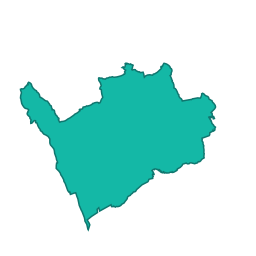 Apostolache, Prahova, Romania (Mercator projection), rotated 338°
{"feature_id": "2599482B23348990621180", "entity_name": "Apostolache", "entity_type": "district", "adm_level": 2, "iso_a3": "ROU", "parent_name": "Romania", "parent_adm1": "Prahova", "projection": "mercator", "projection_center": [26.269, 45.129], "detail": "fine", "context": "isolated", "style": "filled", "palette": "teal", "viewbox_px": 256, "rotation_deg": 338, "n_neighbors": 0, "source": "geoboundaries", "source_scale": "gbopen_adm2", "svg_char_len": 5715}
<svg xmlns="http://www.w3.org/2000/svg" viewBox="0 0 256 256"><g transform="rotate(338 128 128)"><path d="M128.4,183.4L132.0,184.0L132.3,182.9L133.2,182.5L133.1,180.6L133.3,180.4L133.9,180.3L134.2,180.4L134.6,180.9L134.8,180.8L134.9,179.8L134.4,179.2L134.9,178.6L134.3,176.4L136.0,175.9L136.4,176.0L136.9,176.5L137.6,176.0L138.7,176.6L139.3,177.3L140.2,177.6L140.2,178.6L140.9,179.4L141.1,178.5L141.5,178.4L141.8,179.2L141.4,179.7L142.3,180.4L141.7,180.8L142.0,181.3L142.5,181.4L142.4,181.8L143.3,182.3L143.5,182.6L144.4,181.8L144.7,181.8L144.8,181.9L144.8,183.1L145.2,183.6L146.4,183.5L146.7,184.1L149.2,185.0L150.5,184.8L152.0,185.5L152.5,185.2L152.8,186.0L154.1,186.1L157.4,185.7L157.6,185.5L157.5,185.3L158.1,185.2L158.3,184.6L158.7,184.4L161.6,184.1L164.0,183.1L165.0,182.2L165.7,182.0L167.1,182.2L168.8,182.3L169.5,183.3L170.1,183.7L171.3,184.0L172.5,183.6L173.4,183.9L176.6,186.2L177.5,186.0L178.5,186.3L179.5,186.3L180.6,185.5L181.8,186.1L183.1,185.7L183.6,185.3L185.3,184.5L187.4,184.2L187.6,183.0L189.1,180.1L189.0,179.5L190.2,176.9L191.0,173.6L191.6,173.1L191.6,170.9L192.2,169.3L191.8,167.6L192.4,166.7L192.8,165.2L200.4,165.5L201.2,164.9L202.1,163.0L204.6,162.8L205.2,162.5L205.8,162.0L205.6,162.7L205.8,162.9L207.5,162.6L208.1,161.8L208.4,160.9L209.4,160.0L208.4,158.2L208.4,157.3L207.5,155.1L207.8,153.9L207.5,152.7L207.8,152.5L207.8,151.8L207.3,150.9L207.5,150.2L207.0,148.8L207.0,148.2L208.7,148.3L208.8,148.5L208.7,149.5L208.9,149.6L209.2,149.5L209.3,148.9L209.6,149.0L209.9,149.3L210.4,149.2L210.8,149.7L210.5,151.0L210.5,151.5L211.7,151.6L211.7,149.4L211.3,149.2L210.7,148.1L210.8,147.6L211.4,146.6L211.3,145.2L210.8,144.9L210.8,144.7L215.5,142.7L216.8,141.7L217.2,140.8L217.3,139.5L216.7,137.0L216.1,136.0L216.1,134.0L215.4,133.4L214.0,131.5L214.0,130.8L214.2,129.9L213.8,128.7L212.2,127.2L211.5,126.0L211.3,125.2L210.9,124.5L210.1,123.7L209.1,123.9L208.8,124.8L207.9,125.9L206.5,127.3L206.2,127.4L203.9,126.2L198.6,125.1L197.3,125.4L196.9,125.1L188.5,123.3L188.7,122.7L188.4,122.3L188.5,121.3L188.2,120.6L187.6,119.8L187.1,118.0L187.2,117.1L187.6,116.4L187.1,115.0L187.2,113.1L187.0,110.4L186.6,109.2L185.6,108.0L186.1,107.1L186.7,105.0L186.8,102.7L186.3,101.6L186.9,100.5L186.6,99.0L186.9,98.4L186.7,96.2L187.0,95.7L186.7,95.2L188.1,94.5L188.7,93.1L189.9,91.9L190.4,90.9L190.5,89.8L190.4,89.3L189.8,88.4L189.8,86.7L189.2,85.2L187.8,83.2L186.0,81.7L185.5,81.5L184.4,82.3L183.2,83.6L182.6,83.7L182.0,83.3L181.3,83.7L181.2,84.1L181.6,84.8L180.7,85.5L176.1,87.3L172.9,87.8L171.7,87.5L170.9,88.1L170.5,88.2L168.1,86.8L165.9,86.2L163.8,86.3L162.2,87.0L162.8,83.7L162.9,81.9L160.2,81.3L159.8,80.3L158.5,79.7L157.6,78.6L156.9,77.9L156.6,76.7L156.3,76.5L155.3,76.0L153.9,75.9L153.5,75.6L153.4,75.3L154.8,73.6L155.4,72.5L156.1,72.1L156.2,71.5L154.6,70.2L154.5,69.6L153.6,69.7L151.4,67.7L150.3,67.1L149.5,67.2L149.5,67.4L150.0,68.2L149.3,68.1L148.7,69.4L147.9,70.3L147.3,70.4L146.4,69.5L146.1,69.5L145.2,69.8L146.1,70.5L146.4,72.0L147.5,73.5L145.8,74.7L145.9,75.8L145.4,76.5L144.8,76.8L144.2,76.5L143.1,77.0L140.8,77.0L136.9,76.5L134.3,75.8L133.7,75.5L132.7,74.6L131.1,74.5L130.1,74.0L128.3,74.1L126.9,73.7L125.1,74.2L124.3,73.5L123.1,73.0L122.6,72.0L121.4,71.6L119.9,70.6L119.5,70.7L119.2,71.2L118.8,72.7L118.8,73.4L119.3,75.6L119.1,78.5L118.9,78.9L117.5,79.8L116.5,81.2L117.6,82.5L117.0,84.4L116.4,86.9L116.1,90.0L115.8,90.4L114.2,91.4L111.7,94.0L110.3,94.2L110.2,93.5L109.0,92.6L107.1,92.2L105.8,92.1L105.0,92.3L104.5,92.0L103.6,92.5L101.5,92.8L98.8,92.5L97.9,92.0L96.6,92.3L94.2,91.8L93.1,93.1L91.7,93.1L90.6,92.6L89.9,92.7L89.6,93.0L90.0,94.0L86.6,95.0L83.6,95.3L82.6,95.8L77.9,96.9L75.6,97.1L73.8,97.6L72.1,97.8L70.5,97.6L68.4,97.0L66.9,97.1L66.7,96.6L66.7,95.3L66.5,94.3L67.3,93.9L67.5,93.4L67.4,92.7L66.9,92.4L66.5,89.6L65.9,88.9L65.8,88.3L66.0,87.7L65.8,87.4L65.8,86.2L66.0,85.8L66.3,84.1L65.8,83.3L64.5,82.6L64.9,82.1L64.7,81.0L65.1,78.8L64.1,77.2L64.2,76.3L63.8,75.4L63.8,74.7L63.2,72.8L62.1,72.2L61.9,71.8L61.0,71.0L60.9,70.5L59.4,68.0L58.9,67.7L58.7,67.0L57.9,66.4L58.3,64.0L58.2,62.9L57.8,61.5L56.9,60.2L57.1,59.5L57.0,59.1L56.0,57.9L55.0,55.7L54.5,53.1L54.8,52.2L54.6,51.5L54.7,50.7L54.2,49.7L53.1,48.4L51.8,49.0L51.6,50.4L50.5,50.2L49.4,50.9L48.4,51.1L46.9,52.3L45.5,52.4L44.8,52.3L44.1,51.8L42.8,51.8L42.5,53.2L42.6,54.5L42.3,55.6L40.7,57.7L39.6,59.8L39.5,60.2L39.5,61.6L39.1,62.8L39.0,64.1L38.7,64.8L38.7,66.7L39.2,69.3L39.7,70.7L40.7,71.8L41.6,72.3L42.4,73.2L42.7,73.9L42.2,74.5L41.2,75.4L41.1,75.9L40.5,76.1L39.8,77.1L39.8,78.0L40.1,79.0L41.0,80.8L41.0,81.5L40.7,82.5L41.2,83.9L41.0,84.5L40.4,85.1L39.6,87.3L40.6,87.5L43.6,86.1L44.1,86.1L45.0,86.6L44.4,88.2L44.6,88.7L45.0,88.7L45.4,89.3L45.3,92.8L45.6,95.0L46.1,96.5L46.1,96.8L45.8,97.2L45.9,97.6L46.2,98.4L46.9,99.2L47.0,100.2L47.7,102.2L49.2,103.7L50.8,105.9L51.4,108.9L49.9,112.7L49.8,114.6L50.8,117.5L51.4,119.6L51.2,121.5L50.5,124.0L50.3,128.7L49.9,130.3L49.9,133.3L49.5,134.0L48.7,133.7L47.5,135.8L46.3,138.6L47.8,142.2L48.3,144.2L48.2,146.6L48.6,148.1L49.0,151.7L48.6,153.6L49.0,155.8L48.7,163.4L49.1,165.2L50.1,165.3L50.1,166.5L49.8,166.5L49.7,168.0L54.0,168.2L54.9,168.4L54.8,168.6L55.3,168.8L55.0,172.2L55.0,174.9L53.8,181.5L53.9,187.2L54.1,187.8L54.0,194.6L53.6,196.9L53.2,198.2L53.7,201.9L52.9,206.7L53.0,207.5L56.3,203.5L56.3,201.5L55.9,199.3L55.8,197.9L61.2,196.3L68.1,194.9L68.9,191.8L71.0,191.0L70.6,194.4L83.5,192.8L83.3,194.7L83.9,194.8L84.1,195.1L85.0,195.4L85.5,195.1L86.6,196.6L87.9,196.4L89.1,197.1L90.8,197.3L92.4,197.1L93.6,196.4L96.4,196.0L97.6,195.1L100.0,193.8L100.7,193.3L101.8,191.8L102.7,191.4L104.8,191.3L106.2,190.5L107.6,190.2L109.2,189.3L110.2,189.7L111.3,189.6L113.0,188.3L119.8,185.9L126.2,185.3L127.2,184.6L127.9,183.6L128.4,183.4Z" fill="#14b8a6" stroke="#0f766e" stroke-width="1.5"/></g></svg>